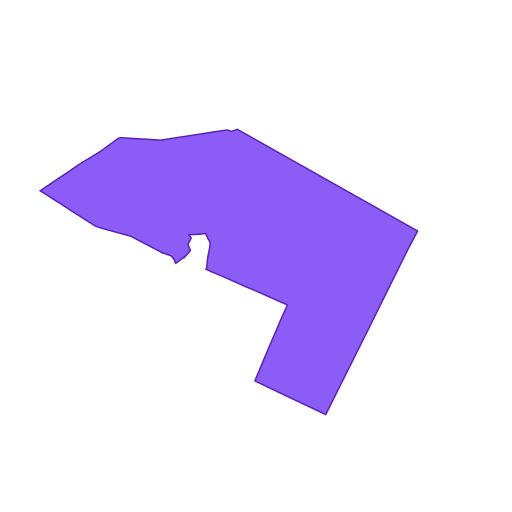 Abu Kamal, Dayr Az Zawr, Syria, rotated 239°
{"feature_id": "27442178B22276011833046", "entity_name": "Abu Kamal", "entity_type": "district", "adm_level": 2, "iso_a3": "SYR", "parent_name": "Syria", "parent_adm1": "Dayr Az Zawr", "projection": "albers", "projection_center": [40.768, 34.588], "detail": "fine", "context": "isolated", "style": "filled", "palette": "violet", "viewbox_px": 512, "rotation_deg": 239, "n_neighbors": 0, "source": "geoboundaries", "source_scale": "gbopen_adm2", "svg_char_len": 1898}
<svg xmlns="http://www.w3.org/2000/svg" viewBox="0 0 512 512"><g transform="rotate(239 256 256)"><path d="M194.2,407.4L370.7,307.2L371.8,306.6L374.2,305.2L375.3,299.5L375.4,299.3L375.6,299.0L375.8,298.6L376.5,298.2L377.7,297.4L378.1,297.0L379.1,295.8L382.5,287.5L382.9,286.6L383.4,285.4L397.3,251.4L399.4,246.2L400.4,244.0L400.5,243.5L404.4,234.0L410.8,224.7L414.2,219.8L414.5,219.2L427.1,201.0L427.4,199.9L427.8,198.7L427.3,192.8L426.7,186.6L426.3,182.1L425.8,176.8L425.7,165.4L425.7,158.1L425.7,154.2L425.5,151.2L425.5,149.9L424.7,136.1L423.9,119.8L423.5,113.3L423.5,112.5L423.4,110.3L423.3,109.9L423.3,108.7L423.0,104.6L416.1,108.1L407.2,112.4L402.7,114.8L402.4,115.0L402.0,115.1L401.5,115.4L401.4,115.5L398.4,116.9L392.2,119.8L370.4,130.7L363.6,134.2L362.7,135.1L358.5,138.8L346.4,150.3L337.5,158.8L309.6,175.8L306.7,177.5L306.8,177.7L305.8,178.4L305.8,178.5L302.6,181.0L300.6,182.8L300.4,182.9L299.8,183.2L299.2,183.4L298.2,183.6L297.3,183.8L294.8,184.1L293.7,183.8L293.0,183.6L292.7,183.6L291.5,183.3L291.0,183.5L292.0,193.3L291.6,193.4L292.4,196.3L293.5,199.8L293.8,200.7L294.5,202.4L294.6,202.7L296.0,202.9L297.4,203.1L299.6,203.4L300.9,203.6L301.7,204.9L302.2,205.5L303.4,207.7L304.9,209.7L306.7,209.6L307.0,209.5L308.1,209.3L308.6,209.2L308.6,209.5L308.7,210.0L308.4,210.4L307.8,211.3L307.2,212.3L304.9,216.7L303.1,220.2L301.5,224.0L301.3,224.1L300.9,224.3L299.4,224.2L297.6,224.0L295.8,223.7L293.4,223.8L292.7,223.8L291.1,223.6L287.6,221.1L282.2,216.2L279.4,213.7L271.3,207.6L270.5,206.3L269.6,207.0L266.1,209.2L256.7,216.2L235.0,231.3L228.8,236.0L228.4,236.3L227.8,236.7L216.7,244.5L211.8,247.9L200.7,255.7L198.1,257.7L197.0,256.4L187.7,243.1L184.2,238.4L177.3,228.7L171.2,220.3L162.9,208.9L152.6,194.9L150.3,191.8L149.5,190.8L147.4,192.1L146.8,192.5L126.3,206.0L103.3,221.3L84.2,234.1L137.6,318.1L183.3,389.4L194.2,407.4Z" fill="#8b5cf6" stroke="#5b21b6" stroke-width="1.5"/></g></svg>